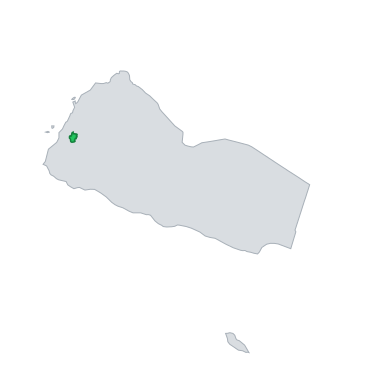 Wusab As Safil, Dhamar, Yemen (highlighted), rotated 43°
{"feature_id": "15242507B36986908452393", "entity_name": "Wusab As Safil", "entity_type": "district", "adm_level": 2, "iso_a3": "YEM", "parent_name": "Yemen", "parent_adm1": "Dhamar", "projection": "albers", "projection_center": [43.602, 14.25], "detail": "fine", "context": "in_parent", "style": "filled", "palette": "green", "viewbox_px": 384, "rotation_deg": 43, "n_neighbors": 0, "source": "geoboundaries", "source_scale": "gbopen_adm2", "svg_char_len": 4306}
<svg xmlns="http://www.w3.org/2000/svg" viewBox="0 0 384 384"><g transform="rotate(43 192 192)"><path d="M302.9,166.1L290.5,171.2L287.3,173.4L284.4,176.0L282.2,179.3L280.9,184.9L282.2,189.9L282.2,192.6L279.0,194.6L276.1,196.0L272.8,198.1L270.7,198.6L269.1,200.3L267.2,201.5L260.3,204.6L252.6,207.0L240.5,210.1L235.9,213.1L231.6,215.2L225.1,215.9L216.2,218.9L211.3,221.2L205.2,225.0L203.8,226.1L202.8,228.8L201.0,231.1L197.3,234.9L194.5,236.9L192.7,237.0L189.0,238.1L184.7,238.4L177.5,237.3L175.6,238.2L174.1,239.7L168.6,242.3L163.0,247.5L158.9,249.0L152.2,250.7L147.5,252.9L144.3,253.8L140.3,254.3L132.7,254.1L125.6,255.0L119.0,256.5L115.9,259.2L112.4,263.6L106.6,265.4L105.2,267.0L103.4,270.1L99.7,271.0L96.3,271.5L92.8,270.2L86.2,274.0L83.8,274.7L80.0,274.8L77.3,275.6L75.4,275.4L73.0,273.9L67.9,272.1L64.2,273.3L63.9,269.7L57.8,258.6L59.1,248.9L59.1,247.5L57.8,243.2L54.2,239.3L54.3,234.3L53.1,230.7L52.1,227.0L52.5,226.0L52.5,225.1L50.7,219.5L50.1,218.3L49.8,217.1L50.4,216.2L50.4,215.2L49.4,213.5L48.4,210.1L43.5,207.5L44.5,205.1L45.4,206.0L46.7,206.7L47.0,205.1L47.0,204.0L45.0,196.6L48.1,186.8L47.1,178.0L51.8,174.5L53.0,173.4L53.6,172.5L54.7,170.5L56.2,169.8L56.8,167.7L56.7,166.7L55.8,165.7L55.0,163.3L55.3,160.2L55.5,158.9L56.0,156.5L57.7,155.6L58.0,154.9L56.8,153.4L56.9,152.5L59.7,150.0L60.8,149.2L62.5,148.4L63.9,148.4L65.5,148.9L67.0,149.6L68.4,150.9L69.9,152.3L72.1,152.9L73.7,152.7L74.9,153.4L76.0,153.0L77.2,152.3L79.1,152.3L80.8,151.5L85.8,151.0L90.5,151.3L95.5,150.5L100.4,150.6L105.4,150.6L106.5,150.7L107.6,151.1L111.8,153.3L115.0,153.8L121.5,154.3L128.3,154.9L134.3,155.4L139.3,154.8L143.5,154.3L144.6,154.4L145.9,155.8L148.5,159.2L150.9,162.4L155.0,162.5L157.7,161.2L160.6,159.5L162.4,158.1L164.4,152.8L165.6,149.3L168.7,145.4L171.2,142.2L174.5,137.9L176.3,135.5L180.0,130.7L183.5,128.9L190.2,125.2L196.9,121.6L201.2,119.3L204.9,118.2L211.1,117.1L218.4,115.9L225.6,114.7L233.4,113.4L242.1,111.9L248.0,110.9L255.5,109.5L261.8,108.4L267.4,107.5L273.1,106.4L274.3,109.0L275.5,111.5L276.7,114.1L277.9,116.6L279.1,119.1L280.2,121.7L281.4,124.2L282.6,126.8L283.8,129.3L285.0,131.8L286.2,134.4L287.4,136.9L288.6,139.5L289.8,142.0L291.0,144.6L292.2,147.1L293.3,149.6L295.1,150.3L296.3,152.7L297.9,156.0L299.6,159.4L301.2,162.7L302.9,166.1ZM324.2,269.3L325.8,269.5L328.1,268.5L334.9,268.1L343.2,270.6L341.7,271.4L340.9,272.5L337.3,273.6L333.8,276.0L323.5,277.6L320.4,277.1L317.8,275.0L313.0,272.5L314.8,270.6L315.1,269.8L315.8,269.0L318.4,267.5L321.0,267.6L324.2,269.3ZM46.6,240.3L46.3,240.8L45.8,240.7L44.3,239.3L46.0,237.8L46.9,239.2L46.6,240.3ZM41.8,205.7L41.0,206.3L40.8,205.3L41.3,203.0L42.1,202.4L42.7,204.0L42.3,205.0L41.8,205.7ZM45.8,247.2L44.1,248.0L45.3,245.9L46.4,245.5L46.8,245.6L45.8,247.2Z" fill="#d9dde1" stroke="#a8b0b8" stroke-width="1"/><path d="M71.8,234.6L71.7,234.5L71.4,234.4L71.2,234.3L70.9,234.4L70.7,234.3L70.7,234.2L70.8,234.1L70.8,233.9L70.7,233.7L70.6,233.4L70.4,233.1L70.3,232.9L70.3,232.7L70.2,232.6L70.2,232.4L70.2,232.2L70.3,232.1L70.5,232.1L70.8,231.9L70.7,231.8L70.7,231.7L70.5,231.4L70.4,231.3L70.4,231.2L70.4,230.9L70.2,230.7L70.2,230.4L69.8,230.3L69.8,229.8L69.8,229.7L69.7,229.7L69.8,229.7L69.7,229.5L69.4,229.5L69.1,229.6L69.0,229.4L68.9,229.4L68.8,229.2L68.9,228.9L68.6,228.6L68.6,228.3L68.1,228.3L68.0,228.5L67.9,228.5L67.7,228.7L67.7,228.8L67.4,228.9L67.3,229.0L67.2,229.1L66.9,229.1L66.7,229.2L66.7,229.3L66.5,229.5L66.4,229.6L66.3,229.8L66.1,229.9L66.0,230.0L65.9,230.0L65.7,230.1L65.5,229.9L65.4,229.9L65.2,229.9L64.9,229.8L64.7,229.8L64.6,229.7L64.6,229.8L64.4,229.7L64.4,229.8L64.2,229.8L64.1,229.7L64.0,229.8L64.0,230.0L63.9,230.1L63.9,230.3L64.0,230.6L64.2,231.0L64.3,231.2L64.3,231.3L64.4,231.5L64.5,231.6L64.8,231.8L64.8,232.0L65.0,232.2L65.1,232.3L65.2,232.5L65.0,232.8L65.0,233.0L65.2,233.3L65.2,233.5L65.3,233.6L65.2,233.7L65.3,233.7L65.3,233.8L65.3,234.0L65.2,234.1L64.9,234.2L64.7,234.2L64.7,234.3L64.6,234.6L64.5,234.8L64.6,235.0L64.8,235.3L65.0,235.4L65.3,235.8L65.5,236.1L65.9,236.2L66.0,236.2L66.3,236.2L66.5,236.2L66.8,236.2L67.1,236.3L67.5,236.6L67.8,236.8L68.1,237.2L68.6,237.6L68.8,237.7L69.0,237.8L69.4,237.8L69.7,237.8L70.0,237.6L70.3,237.4L70.6,237.1L70.8,236.8L71.0,236.6L71.5,235.9L71.7,235.6L71.7,235.4L71.7,235.2L71.8,235.0L71.7,234.9L71.8,234.8L71.8,234.6Z" fill="#22c55e" stroke="#15803d" stroke-width="1.5"/></g></svg>